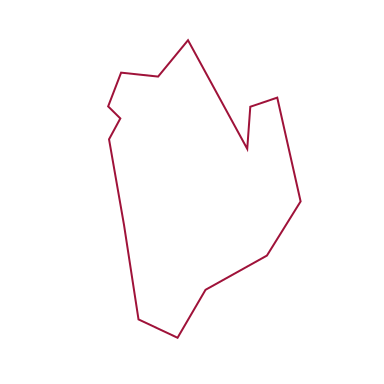 outline of Grand'Anse, rotated 18°
{"feature_id": "SYC-5210", "entity_name": "Grand'Anse", "entity_type": "state/province", "adm_level": 1, "iso_a3": "SYC", "parent_name": "Seychelles", "parent_adm1": "", "projection": "equal_earth", "projection_center": [55.469, -4.682], "detail": "fine", "context": "isolated", "style": "outline", "palette": "rose", "viewbox_px": 384, "rotation_deg": 18, "n_neighbors": 0, "source": "natural_earth", "source_scale": "10m", "svg_char_len": 350}
<svg xmlns="http://www.w3.org/2000/svg" viewBox="0 0 384 384"><g transform="rotate(18 192 192)"><path d="M223.3,335.1L180.5,329.7L137.6,244.5L96.8,167.5L101.1,144.2L85.8,136.5L87.7,100.4L124.1,92.7L141.3,48.9L231.2,133.9L221.1,92.9L243.9,75.9L298.2,167.4L282.9,229.3L235.1,280.8L223.3,335.1Z" fill="none" stroke="#9f1239" stroke-width="2"/></g></svg>